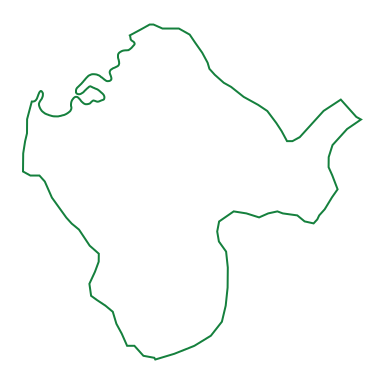 outline of Wiwon, Chagang-do, North Korea
{"feature_id": "82179303B10108678790042", "entity_name": "Wiwon", "entity_type": "district", "adm_level": 2, "iso_a3": "PRK", "parent_name": "North Korea", "parent_adm1": "Chagang-do", "projection": "mercator", "projection_center": [126.021, 40.774], "detail": "fine", "context": "isolated", "style": "outline", "palette": "green", "viewbox_px": 384, "rotation_deg": 0, "n_neighbors": 0, "source": "geoboundaries", "source_scale": "gbopen_adm2", "svg_char_len": 5474}
<svg xmlns="http://www.w3.org/2000/svg" viewBox="0 0 384 384"><path d="M79.0,229.6L89.7,245.7L98.8,253.7L98.7,261.7L95.0,271.7L89.4,283.8L91.1,295.8L96.6,299.8L105.6,305.8L112.8,311.8L116.4,323.8L121.8,333.8L127.1,345.8L134.4,345.8L143.4,355.8L154.3,357.8L155.3,359.5L174.3,353.8L194.4,345.8L210.9,335.7L221.9,321.7L225.7,305.7L227.6,287.6L227.8,267.6L226.1,251.6L218.9,241.5L217.2,231.5L219.1,221.5L233.7,211.4L246.4,213.4L259.1,217.4L268.2,213.4L277.4,211.4L282.8,213.4L297.3,215.4L304.6,221.4L313.6,223.4L317.3,219.4L319.2,215.4L324.7,209.3L332.0,197.3L337.6,189.3L332.2,175.2L328.6,167.2L328.7,157.1L332.5,145.1L347.1,129.0L361.0,119.5L356.3,116.9L340.8,99.6L323.6,110.9L299.8,137.1L292.5,141.1L287.0,141.1L281.6,131.1L276.3,123.0L267.3,111.0L258.2,104.9L243.7,96.9L231.1,86.9L223.8,82.8L214.8,74.8L209.4,68.8L207.6,62.7L202.2,52.7L195.1,42.6L189.7,34.6L178.8,28.5L162.4,28.5L153.4,24.5L149.7,24.5L142.4,28.6L129.8,35.4L129.9,35.6L130.1,35.9L130.3,37.0L130.4,37.5L130.7,39.4L130.9,39.6L131.1,39.9L131.5,40.4L131.7,40.6L132.4,41.0L133.8,42.0L134.0,42.3L134.2,42.6L134.4,42.9L134.5,43.2L134.6,43.5L134.6,43.8L134.5,44.1L134.5,44.4L134.3,44.7L133.9,45.2L133.6,45.5L132.7,46.5L131.4,48.0L130.7,48.5L130.3,48.9L130.0,49.1L129.2,49.7L128.9,49.8L128.5,50.1L128.1,50.2L127.7,50.2L126.6,50.3L125.5,50.3L123.9,50.5L123.2,50.6L122.0,51.0L121.8,51.1L121.6,51.2L121.1,51.5L120.8,51.6L120.2,52.0L119.8,52.3L119.6,52.4L119.2,52.7L118.9,53.1L118.7,53.3L118.4,53.8L118.3,54.0L118.2,54.3L118.0,54.9L118.0,55.9L118.0,57.0L118.0,57.5L118.3,58.8L118.6,59.6L118.7,59.9L118.8,60.3L118.8,60.8L118.9,61.2L119.0,61.5L119.1,62.0L119.1,62.4L119.1,62.8L119.2,63.2L119.1,63.7L119.0,64.2L118.9,64.5L118.7,65.0L118.4,65.5L117.8,66.0L117.6,66.2L117.3,66.3L116.6,66.7L116.1,66.9L115.6,67.2L115.0,67.5L114.7,67.6L114.3,67.8L113.2,68.2L112.5,68.6L112.3,68.8L112.1,68.9L111.5,69.3L111.3,69.4L110.9,69.7L110.5,70.1L110.2,70.6L110.0,71.0L109.8,71.5L109.7,72.3L109.7,72.6L109.8,73.0L109.9,73.5L110.1,74.1L110.6,75.4L110.9,76.2L111.3,77.6L111.4,78.3L111.4,78.5L111.4,78.8L111.3,79.0L111.3,79.3L111.2,79.4L111.2,79.6L111.0,79.9L110.7,80.2L110.6,80.3L110.0,80.7L109.6,80.9L109.1,81.0L108.4,81.1L108.1,81.1L107.8,81.1L107.5,81.1L107.1,81.1L106.7,81.0L106.2,80.8L104.9,79.9L104.5,79.6L104.1,79.4L103.8,79.0L102.6,78.1L101.8,77.4L101.3,77.2L100.9,76.9L100.2,76.2L99.7,75.9L99.3,75.6L98.7,75.3L97.8,75.0L96.9,74.6L96.5,74.5L95.1,74.3L93.9,74.2L92.5,74.2L92.1,74.3L91.7,74.3L91.4,74.4L90.7,74.7L90.3,74.9L89.3,75.3L89.0,75.5L88.4,75.9L88.1,76.1L87.5,76.8L86.6,77.6L86.3,78.0L85.2,79.2L84.9,79.7L84.2,80.4L83.6,81.1L83.3,81.5L83.0,81.9L82.6,82.3L82.2,82.7L81.5,83.6L80.6,84.4L80.2,84.9L79.8,85.2L79.1,85.9L78.4,86.6L77.6,87.3L77.4,87.6L77.1,87.8L76.9,88.1L76.4,88.9L76.2,89.5L76.0,90.3L76.0,91.1L76.0,91.7L76.0,92.2L76.0,92.5L76.3,93.0L76.7,93.4L77.0,93.7L77.3,93.9L77.7,94.0L78.4,94.2L79.0,94.2L79.8,94.2L80.7,93.9L82.2,93.0L82.9,92.6L83.7,91.9L84.6,90.9L84.9,90.6L85.5,90.0L86.1,89.5L86.8,88.7L87.5,88.2L88.1,87.6L88.4,87.4L89.0,86.8L89.9,86.4L90.3,86.3L90.6,86.4L91.3,86.7L92.9,87.5L93.3,87.7L94.4,88.1L95.1,88.5L96.2,88.9L97.2,89.3L97.9,89.7L98.7,90.3L99.1,90.6L99.5,90.9L99.9,91.3L100.5,91.8L101.1,92.4L101.7,92.9L102.0,93.1L102.3,93.4L102.8,93.9L103.5,94.7L103.7,95.0L103.9,95.4L104.2,96.1L104.3,96.4L104.4,97.2L104.4,97.5L104.4,97.9L104.2,98.6L104.1,98.9L104.0,99.2L103.8,99.4L103.6,99.6L103.4,99.7L102.6,100.0L101.4,100.4L100.0,101.0L99.1,101.4L97.9,101.7L97.6,101.7L97.2,101.7L96.9,101.6L95.7,101.2L95.0,100.9L94.7,100.8L93.9,100.6L93.4,100.5L93.1,100.6L92.9,100.7L91.6,101.7L91.2,102.1L90.9,102.4L90.5,102.9L90.3,103.1L90.1,103.3L89.7,103.5L89.0,103.8L88.6,103.9L88.1,104.0L87.7,104.1L87.0,104.2L86.6,104.2L86.3,104.2L86.0,104.2L85.6,104.2L85.2,104.1L84.2,103.7L83.8,103.4L83.5,103.2L83.2,103.0L82.1,102.0L81.7,101.7L81.1,101.0L80.6,100.3L80.0,99.5L79.7,99.1L79.4,98.9L79.0,98.5L78.8,98.2L78.4,97.8L77.6,97.2L77.3,97.0L76.8,96.9L75.5,96.9L75.1,97.0L74.9,97.1L74.5,97.4L73.8,97.9L73.2,98.6L73.0,98.9L72.1,100.1L71.6,101.2L71.4,101.8L71.2,102.6L71.0,104.1L71.0,104.6L71.0,105.7L71.1,106.4L71.3,106.8L71.4,107.3L71.4,107.7L71.4,108.2L71.3,108.7L71.2,109.2L71.0,109.6L70.4,110.8L69.9,111.4L69.6,111.6L69.2,111.9L68.9,112.2L68.5,112.5L68.1,112.8L67.2,113.4L66.4,113.9L65.6,114.3L65.2,114.5L64.7,114.7L64.3,114.9L63.2,115.2L62.6,115.3L61.9,115.5L61.0,115.8L59.4,116.1L58.6,116.3L58.1,116.4L57.1,116.4L55.5,116.4L54.9,116.3L54.5,116.4L54.0,116.3L53.5,116.3L53.1,116.2L52.8,116.2L52.0,116.0L51.6,115.9L50.7,115.6L49.2,115.2L48.5,114.9L48.3,114.8L47.1,114.4L46.3,114.1L46.0,113.9L45.6,113.8L45.2,113.6L45.0,113.4L44.7,113.3L44.5,113.1L43.8,112.6L43.6,112.4L43.4,112.3L42.8,111.8L42.0,111.1L41.7,110.8L41.5,110.4L41.0,109.8L40.6,109.2L40.4,108.8L40.3,108.5L40.1,108.2L39.9,107.9L39.7,107.3L39.5,106.9L39.4,106.6L39.3,106.2L39.1,105.7L39.1,105.4L39.0,105.0L38.9,104.0L39.0,103.6L39.1,103.2L39.3,102.7L39.7,101.8L39.9,101.4L40.4,100.7L40.6,100.3L40.8,100.0L41.1,99.7L41.4,99.3L41.9,98.4L42.1,97.9L42.3,97.5L42.3,97.3L42.5,96.9L42.8,96.0L42.8,95.6L42.9,95.1L42.9,94.7L42.9,93.8L42.9,93.3L42.7,92.9L42.5,92.5L41.9,91.6L41.6,91.3L41.3,91.1L40.9,91.0L40.5,91.1L39.7,91.9L39.2,92.7L39.0,93.2L38.5,94.4L38.2,95.0L38.1,95.6L37.8,96.2L37.1,98.1L36.9,98.6L36.6,99.1L36.0,100.0L35.1,100.8L34.7,101.1L33.8,101.4L33.3,101.5L32.3,101.5L31.8,101.5L27.1,119.2L27.0,133.3L25.1,141.3L23.2,153.4L23.0,171.5L30.3,175.5L39.4,175.5L44.8,181.5L51.9,197.6L66.3,217.6L71.7,223.6L79.0,229.6Z" fill="none" stroke="#15803d" stroke-width="2"/></svg>